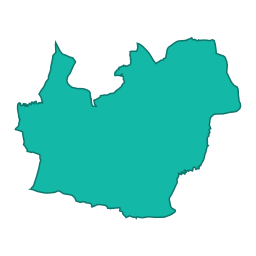 outline of Non Thai, Nakhon Ratchasima, Thailand
{"feature_id": "78962969B14753651258608", "entity_name": "Non Thai", "entity_type": "district", "adm_level": 2, "iso_a3": "THA", "parent_name": "Thailand", "parent_adm1": "Nakhon Ratchasima", "projection": "mercator", "projection_center": [102.011, 15.192], "detail": "fine", "context": "isolated", "style": "filled", "palette": "teal", "viewbox_px": 256, "rotation_deg": 0, "n_neighbors": 0, "source": "geoboundaries", "source_scale": "gbopen_adm2", "svg_char_len": 5737}
<svg xmlns="http://www.w3.org/2000/svg" viewBox="0 0 256 256"><path d="M30.6,189.2L33.0,189.7L37.6,191.5L44.5,192.9L46.4,193.0L49.5,192.9L54.2,192.4L55.3,192.1L58.0,190.9L59.0,191.0L60.4,191.6L63.1,193.5L65.3,194.0L70.5,194.8L72.3,195.4L75.1,198.2L75.7,200.1L76.0,200.4L76.1,201.0L77.8,201.6L79.1,201.7L80.0,202.4L81.0,202.2L81.9,201.7L82.5,201.9L85.0,201.8L85.7,202.7L89.6,203.2L91.1,203.9L91.9,205.3L91.6,206.6L92.0,207.0L97.3,204.7L99.7,204.5L104.8,205.3L106.1,205.8L107.4,207.0L107.7,208.3L110.0,208.2L110.1,208.6L110.7,208.6L112.0,208.3L113.8,208.3L114.9,208.0L117.1,208.0L117.7,207.7L119.2,207.8L119.8,207.6L120.1,208.4L119.7,210.9L121.5,211.4L122.7,212.2L123.0,214.2L125.5,216.6L126.0,217.5L129.6,215.9L133.2,217.3L134.9,217.1L135.6,217.5L136.1,217.4L136.3,218.1L137.2,216.6L139.1,217.3L142.5,217.7L147.6,216.9L148.2,216.5L148.7,216.8L154.9,217.3L163.8,217.2L165.6,216.7L170.3,214.9L172.2,213.9L174.9,211.9L175.3,211.1L175.1,210.0L172.1,208.3L171.3,207.7L170.8,206.8L169.3,199.9L169.3,198.5L169.8,197.1L170.5,196.3L173.3,190.9L177.0,182.9L177.2,182.2L177.1,179.9L176.8,178.8L177.7,178.0L178.1,176.9L178.5,176.6L178.5,175.3L178.8,175.2L178.9,174.9L178.4,173.3L178.8,173.1L179.7,174.1L180.4,173.6L180.9,174.4L181.4,174.5L181.6,173.9L182.1,173.6L181.8,173.3L181.3,173.3L181.2,172.9L181.6,172.6L181.7,172.0L182.4,171.9L183.6,172.6L183.3,173.0L183.4,173.3L183.9,173.5L184.5,174.0L184.9,174.0L185.1,173.6L184.7,172.9L186.3,172.2L186.4,171.9L185.3,171.4L185.0,171.0L184.2,170.8L184.2,170.4L184.4,170.1L185.1,170.1L186.3,171.0L187.1,170.5L188.4,171.2L188.9,171.0L188.9,170.4L189.6,169.9L192.4,170.9L193.0,169.7L192.8,169.1L192.9,168.1L194.0,167.1L194.8,167.0L195.2,167.4L195.5,168.9L196.0,169.4L197.1,168.9L197.5,168.2L198.9,168.8L199.2,167.9L198.8,166.8L199.2,166.5L199.3,165.8L200.7,165.6L201.4,163.6L203.5,160.1L204.5,156.5L204.7,154.8L205.7,152.5L207.1,146.5L208.3,145.7L207.3,144.5L207.4,141.4L206.9,139.8L207.4,139.5L207.1,138.2L207.3,137.4L208.4,136.6L208.8,136.0L208.9,135.4L208.6,135.1L208.4,133.8L209.2,133.6L209.6,133.0L209.5,132.4L209.8,132.1L209.7,131.7L209.0,129.7L209.6,129.1L210.4,129.0L210.7,128.7L210.1,126.8L209.4,125.7L209.4,124.7L210.0,119.4L210.7,117.3L213.3,114.9L214.6,114.1L223.4,113.8L230.4,112.2L233.3,112.0L236.4,111.4L238.5,109.8L239.8,108.5L240.6,106.1L240.2,103.4L239.1,101.1L238.4,95.3L238.1,89.7L237.7,88.3L237.2,87.1L233.7,85.2L233.3,84.4L232.4,83.5L231.1,81.6L226.7,72.5L227.3,65.0L226.7,62.2L226.7,61.6L225.3,57.9L224.7,56.9L223.5,56.0L220.2,54.9L216.2,53.3L216.2,51.7L215.2,44.1L214.7,42.9L214.3,40.8L212.6,39.7L212.0,40.0L209.2,40.7L207.5,40.3L203.8,40.1L200.9,40.2L200.1,40.7L198.6,39.9L198.2,40.4L197.3,40.8L196.7,40.4L196.4,40.6L195.9,40.4L195.7,40.0L194.8,39.4L193.1,39.8L192.2,38.9L192.1,38.3L191.6,37.9L191.4,38.3L190.8,38.3L189.9,38.8L186.6,40.0L186.4,40.1L186.4,40.4L178.8,41.0L177.4,41.4L175.2,42.5L168.7,47.2L167.8,48.3L167.2,49.6L165.7,57.9L163.5,58.7L163.3,59.9L160.7,60.3L159.6,61.3L156.8,62.8L156.4,63.4L155.9,63.6L153.7,60.8L149.3,53.6L147.3,51.1L142.5,46.2L138.9,43.8L137.3,43.4L137.7,45.4L137.6,46.8L137.9,47.7L136.7,51.2L133.8,51.3L132.6,51.2L131.3,51.3L130.0,51.8L130.4,52.5L130.4,53.0L129.8,54.8L130.1,56.3L130.6,57.2L130.4,59.1L130.9,59.8L130.8,62.1L130.5,63.8L129.8,65.0L128.4,65.3L127.4,66.1L126.1,66.4L125.8,66.3L125.8,65.9L123.7,65.3L123.5,66.2L122.2,66.0L120.5,67.2L119.0,67.4L119.1,68.0L119.0,69.0L118.5,69.0L118.4,68.8L118.0,69.1L117.5,70.0L116.5,70.4L116.3,71.7L115.0,72.2L115.0,73.6L114.7,74.0L114.9,75.5L118.6,75.3L120.7,75.9L121.1,74.6L122.1,74.1L122.2,76.2L123.1,76.3L123.4,77.5L123.4,79.5L123.7,79.8L124.5,82.3L122.6,84.2L121.3,86.7L118.3,89.2L116.3,90.6L113.8,93.2L110.0,93.6L108.7,94.4L106.6,95.2L104.8,95.0L100.6,95.7L100.3,95.9L100.0,97.0L99.4,97.6L96.3,99.4L93.9,100.3L94.7,104.2L95.3,104.8L96.2,106.2L95.4,106.3L92.9,106.2L92.2,105.5L91.5,103.4L91.6,103.2L91.2,101.3L91.1,98.9L90.8,99.0L90.3,97.0L90.6,96.9L90.2,95.5L90.1,92.6L89.0,91.1L87.0,90.0L84.4,89.0L81.2,88.6L77.8,88.6L73.3,87.7L71.8,87.2L70.6,86.4L68.9,84.8L67.7,83.2L67.0,81.5L66.9,80.3L67.7,76.4L70.2,73.1L73.5,65.4L75.2,62.6L75.5,61.6L72.7,57.9L69.3,56.9L65.5,55.1L62.8,54.2L62.2,53.8L60.0,51.0L55.7,42.6L55.5,44.5L55.9,52.0L55.3,53.2L53.3,55.1L52.9,55.9L52.6,58.6L51.0,66.2L50.6,70.1L48.5,76.2L48.5,78.4L48.1,79.3L46.0,81.8L44.0,86.6L41.1,90.5L39.0,94.2L40.2,95.7L40.7,96.5L41.5,98.7L42.0,100.8L42.8,102.4L42.7,102.7L42.3,103.0L41.8,102.4L41.6,103.1L41.2,102.9L41.1,102.6L39.7,102.7L39.2,103.2L38.7,102.9L38.1,103.6L37.1,103.9L36.3,102.6L36.0,102.5L36.1,102.1L35.8,102.1L35.7,101.9L36.0,101.7L35.9,101.4L34.5,102.0L34.8,102.6L34.0,103.3L34.2,103.7L34.0,103.8L33.8,103.7L33.7,103.1L32.7,102.4L32.4,102.5L32.3,102.2L31.6,102.2L31.4,102.5L31.7,103.0L31.8,103.4L31.2,104.0L31.1,104.6L30.8,104.4L30.6,103.8L29.4,103.5L29.2,104.0L28.8,104.3L28.8,104.6L28.5,105.3L28.1,105.0L27.9,105.4L27.4,105.2L27.4,105.6L27.2,105.7L26.6,104.7L26.2,105.5L26.6,106.0L25.9,105.8L25.8,106.1L25.5,106.3L25.2,106.2L25.1,105.5L24.4,105.3L24.8,104.1L25.3,104.0L25.2,103.8L24.6,103.8L23.8,104.5L23.7,104.4L23.6,103.7L23.4,103.7L22.9,104.6L22.9,105.3L22.5,105.6L21.3,105.3L20.6,105.6L20.5,105.0L20.2,104.6L20.6,103.9L20.5,103.6L20.3,103.3L19.8,103.4L19.3,102.9L18.9,103.1L17.9,104.1L17.6,106.5L17.6,109.3L18.8,115.9L18.7,117.1L19.9,119.5L19.5,119.6L19.5,121.3L19.1,122.4L18.6,125.6L18.2,126.5L15.8,128.5L15.4,129.2L15.4,129.5L15.7,129.7L17.6,130.0L22.1,131.6L22.5,132.0L22.9,134.9L24.2,141.7L24.2,142.5L23.5,144.6L25.0,146.2L26.5,148.6L27.3,149.3L27.1,151.2L27.7,151.6L28.8,151.6L31.0,152.4L32.8,152.1L33.4,152.3L39.5,154.5L39.9,155.0L40.1,159.0L40.8,159.8L40.8,160.7L40.4,161.2L39.8,163.6L38.9,168.1L36.9,175.6L33.9,184.8L32.9,186.5L31.8,187.6L31.1,189.0L30.6,189.2Z" fill="#14b8a6" stroke="#0f766e" stroke-width="1.5"/></svg>